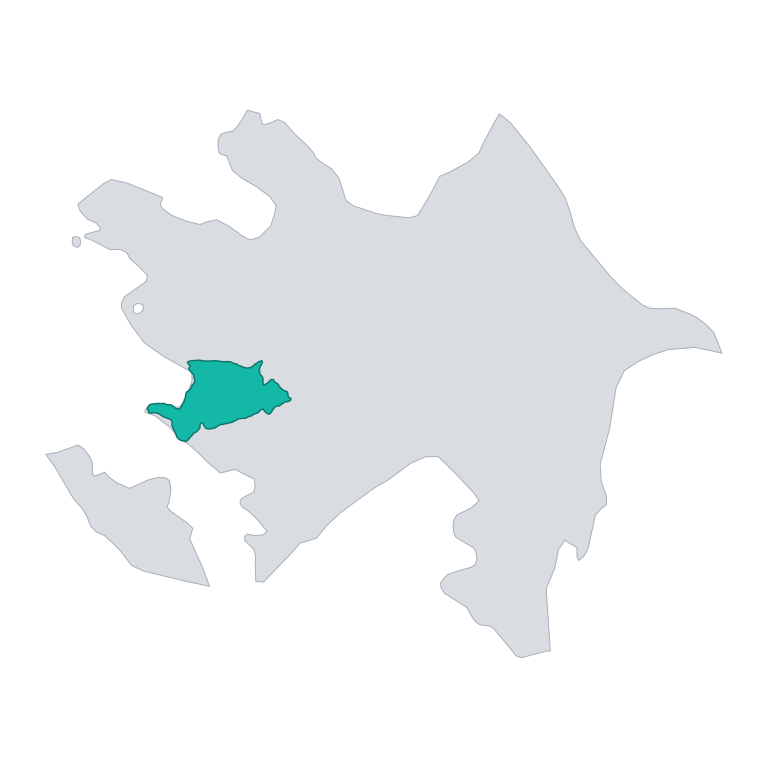 Kalbajar District, Kəlbəcər, Azerbaijan (highlighted)
{"feature_id": "54616110B37358032697149", "entity_name": "Kalbajar District", "entity_type": "district", "adm_level": 2, "iso_a3": "AZE", "parent_name": "Azerbaijan", "parent_adm1": "Kəlbəcər", "projection": "albers", "projection_center": [46.209, 40.052], "detail": "fine", "context": "in_parent", "style": "filled", "palette": "teal", "viewbox_px": 768, "rotation_deg": 0, "n_neighbors": 0, "source": "geoboundaries", "source_scale": "gbopen_adm2", "svg_char_len": 7001}
<svg xmlns="http://www.w3.org/2000/svg" viewBox="0 0 768 768"><path d="M550.3,651.1L546.8,650.9L521.6,657.7L516.3,655.9L493.9,628.8L489.4,625.9L480.0,624.9L474.4,620.5L469.8,613.2L467.1,607.7L444.5,593.2L441.1,587.8L440.5,583.0L443.7,578.6L447.4,574.8L458.2,570.8L470.8,567.4L474.8,565.0L476.8,560.9L476.5,554.5L474.3,548.3L455.9,537.3L453.8,532.4L453.0,526.3L454.0,520.0L456.7,515.0L471.3,507.9L479.1,500.8L474.0,493.1L457.7,475.8L438.4,456.7L425.8,456.7L411.4,462.8L388.4,479.8L375.6,487.1L359.0,499.1L340.8,512.4L325.9,526.4L316.7,538.0L300.0,543.2L291.6,552.9L263.7,581.9L255.8,581.6L255.3,567.2L255.6,555.9L253.8,549.3L244.7,540.4L244.6,536.5L247.0,534.1L254.0,535.5L262.9,535.0L267.2,531.5L257.5,519.7L249.1,511.8L241.8,506.5L240.2,503.3L240.2,501.0L241.7,498.3L254.0,491.8L255.2,485.8L254.3,479.1L234.9,469.4L220.3,473.0L207.3,461.9L198.9,453.4L188.5,444.2L179.2,439.1L170.3,427.6L154.9,415.7L145.0,412.2L145.2,410.4L147.0,408.2L151.1,406.5L178.7,407.1L182.1,404.9L183.8,399.9L187.6,392.3L192.0,381.3L191.7,372.0L164.2,356.8L144.3,342.8L130.6,324.5L121.3,307.7L121.7,302.1L124.5,296.8L145.9,281.6L147.3,277.6L146.9,274.9L139.4,267.0L129.9,258.8L127.0,252.8L121.0,249.7L109.6,249.4L89.8,239.2L85.6,238.2L84.7,236.2L85.7,234.2L99.9,230.3L99.8,227.0L95.5,222.6L87.5,219.3L80.3,211.2L77.8,204.1L103.7,183.5L111.3,179.4L128.0,183.4L162.6,197.5L160.2,205.2L163.7,209.5L171.7,215.4L187.0,221.4L200.0,224.5L206.6,221.9L216.6,219.7L229.6,226.6L241.6,235.3L247.6,238.8L250.8,239.9L259.9,236.9L270.8,225.7L275.0,212.1L276.2,205.5L269.8,196.6L256.7,186.9L242.0,178.3L232.6,170.8L226.6,155.9L220.5,154.2L219.0,152.3L218.0,147.2L218.2,140.1L220.3,134.6L226.2,132.3L232.2,131.4L237.6,126.2L244.3,115.9L247.1,110.3L259.8,113.5L261.6,122.6L263.8,124.6L269.1,123.4L277.8,119.6L284.8,122.5L293.9,133.3L306.4,144.8L313.2,152.5L315.8,157.8L322.3,162.9L331.6,168.9L339.1,178.4L346.0,200.5L352.8,205.6L377.0,213.7L385.5,215.3L409.2,217.8L417.5,215.6L429.3,196.2L439.9,176.3L450.0,171.9L468.2,162.0L479.0,152.8L483.4,143.0L493.3,124.4L499.4,113.9L510.5,122.8L530.0,147.0L558.1,186.5L565.0,197.7L569.8,210.8L574.1,226.8L580.7,240.7L609.5,275.5L621.8,288.3L641.9,304.6L649.0,308.1L658.1,308.8L674.7,308.2L690.4,314.2L698.3,318.6L706.4,325.0L713.8,332.5L721.9,353.1L694.8,347.4L667.9,349.6L652.8,354.8L638.2,361.5L624.3,370.7L616.0,387.9L609.9,427.2L600.2,464.2L601.2,481.1L606.6,497.1L606.3,504.9L601.4,508.3L595.3,515.4L587.9,549.3L583.9,556.1L578.6,560.4L577.0,556.5L577.0,547.7L564.8,540.3L558.7,549.2L554.9,567.8L546.7,587.5L546.3,591.2L550.3,651.1ZM142.4,311.3L143.7,306.1L140.3,303.7L136.7,303.6L133.6,306.2L133.6,312.7L137.8,313.9L142.4,311.3ZM51.9,462.8L47.9,457.4L46.1,454.4L58.1,452.1L78.2,445.1L83.6,448.7L89.4,456.1L92.2,462.4L92.6,474.1L95.0,476.0L104.7,472.2L109.0,477.0L116.5,482.7L129.5,488.4L148.3,479.8L157.6,477.6L165.3,477.8L169.5,480.6L170.9,489.7L169.3,500.9L167.1,507.0L171.0,511.5L186.4,522.3L192.8,528.3L189.7,538.7L201.1,564.1L205.0,574.0L209.5,586.2L185.9,581.4L143.3,570.9L131.6,565.5L120.7,551.3L114.1,544.4L104.5,535.5L96.5,532.1L90.5,525.9L87.2,516.9L82.3,508.7L73.7,499.0L54.4,466.2L51.9,462.8ZM79.9,245.7L77.3,247.5L73.4,245.7L72.2,241.6L72.6,237.4L76.5,236.5L79.7,237.7L80.6,241.5L79.9,245.7Z" fill="#d9dde1" stroke="#a8b0b8" stroke-width="1"/><path d="M237.2,364.2L236.7,363.9L234.6,363.7L233.8,363.4L233.4,363.2L231.8,362.5L231.1,362.1L230.2,361.7L228.0,361.7L227.6,361.7L225.3,361.7L222.8,361.7L221.1,361.7L218.7,361.0L217.3,360.9L217.1,360.9L215.8,360.8L213.4,360.8L210.8,360.9L208.3,361.1L206.5,361.1L204.5,361.0L201.9,360.5L200.0,360.4L198.7,360.2L196.5,360.3L194.3,360.6L192.3,360.6L190.7,360.9L189.1,361.3L187.5,362.2L187.6,362.5L188.0,363.4L188.8,364.5L189.6,365.2L190.2,366.2L189.3,367.4L188.8,368.3L189.1,369.7L189.8,370.5L191.1,372.1L192.6,373.7L193.6,375.0L193.8,376.3L194.0,377.7L194.3,378.9L194.8,379.6L194.7,380.9L194.5,382.3L194.0,383.5L193.1,384.2L192.2,385.0L191.5,386.5L191.3,387.7L190.9,389.0L189.5,389.6L188.2,391.4L187.0,391.6L186.0,393.5L185.8,394.5L185.5,397.1L185.2,398.6L184.7,399.5L184.3,401.3L184.0,402.2L183.3,402.6L182.7,403.6L182.0,404.6L181.6,405.9L181.1,407.0L180.3,408.0L179.7,408.7L178.2,409.0L176.3,408.6L175.0,408.2L174.6,407.2L173.3,406.4L173.1,406.2L172.2,405.7L170.8,404.8L168.8,404.7L167.1,404.7L165.5,404.1L164.4,403.6L163.6,403.5L160.7,403.7L160.3,403.5L158.3,403.5L156.7,403.5L153.9,403.8L151.9,404.1L150.3,404.5L149.4,404.9L148.7,406.1L147.7,407.1L147.2,408.1L147.2,408.7L148.3,410.5L148.7,412.3L149.8,413.2L151.6,413.1L153.5,412.7L155.1,412.7L157.2,413.4L159.1,413.7L161.2,415.4L162.8,416.4L164.2,417.2L165.7,417.5L168.2,418.6L170.0,419.2L171.6,420.6L172.2,421.9L172.0,423.2L172.0,425.0L172.4,426.7L173.4,428.9L173.8,429.8L174.5,431.1L175.6,433.1L176.2,434.8L176.6,436.6L177.4,437.6L178.4,438.8L179.8,439.7L181.0,440.4L182.9,440.7L184.6,441.1L185.8,441.3L186.9,441.0L187.1,440.9L188.0,439.9L189.0,438.9L189.9,437.5L191.2,436.2L192.3,435.1L193.6,433.3L194.6,432.7L195.8,432.2L196.8,431.6L198.0,430.0L199.2,429.1L199.8,428.2L199.9,426.6L200.1,425.2L200.2,424.2L200.6,423.2L201.2,422.8L202.3,423.0L203.1,424.0L203.5,424.9L204.1,425.8L204.7,426.7L205.3,427.7L206.0,428.3L207.3,428.8L208.9,429.0L210.0,428.8L211.1,428.6L212.4,428.5L213.5,428.3L214.4,428.0L215.6,427.6L216.6,426.7L217.4,426.2L218.3,425.8L219.2,425.4L219.7,424.9L220.8,424.5L222.0,424.4L223.0,424.4L223.9,424.0L224.8,423.8L226.3,423.7L227.4,423.4L228.1,423.3L229.1,423.0L230.1,422.6L230.9,422.6L231.9,422.3L232.9,422.0L233.5,421.5L234.7,420.9L235.6,420.4L236.7,420.1L237.3,419.4L238.3,418.9L239.9,418.6L241.6,418.4L243.7,418.3L245.6,418.2L246.7,417.7L248.1,417.0L248.7,416.4L250.4,416.3L251.3,415.9L252.0,415.7L252.3,415.2L252.6,414.9L253.4,414.4L254.8,413.8L256.1,413.4L257.4,413.1L258.1,412.6L258.9,411.8L259.7,411.1L260.7,409.9L262.0,409.1L263.1,409.1L263.7,409.9L264.5,411.1L265.1,411.7L266.1,412.5L266.8,413.3L268.0,413.9L269.1,414.1L269.9,413.6L270.8,412.9L271.6,411.7L272.6,410.4L273.2,408.8L274.4,408.0L275.2,406.7L276.6,406.0L278.3,406.1L279.2,405.9L280.5,405.0L281.7,404.0L282.3,403.7L282.8,403.4L285.2,401.8L286.9,401.7L288.1,401.5L289.4,401.1L290.5,400.2L290.9,399.1L290.9,398.4L290.4,398.5L289.8,398.0L288.4,396.9L288.0,395.5L287.9,394.2L287.5,392.6L287.2,391.7L285.2,391.0L284.4,390.7L282.9,390.0L281.7,388.9L280.5,387.8L279.7,386.9L278.6,385.4L278.4,384.5L276.7,383.3L275.9,382.6L274.7,382.2L274.3,381.8L273.6,379.9L272.1,379.4L271.0,379.7L269.8,380.8L269.0,381.7L267.7,382.8L266.5,383.6L265.4,384.2L264.2,385.0L263.5,385.1L263.1,384.4L263.0,382.1L263.0,380.7L263.0,378.9L262.7,377.8L262.1,376.6L261.3,375.5L260.3,374.6L259.8,373.2L259.5,371.3L259.3,370.1L259.7,368.1L260.1,366.9L260.7,365.9L261.6,364.1L262.1,362.9L262.3,361.5L261.6,360.5L261.4,360.6L260.5,361.4L258.6,361.8L257.3,362.8L256.0,363.7L254.7,364.3L253.6,365.3L252.8,366.5L251.7,366.9L250.4,367.6L248.8,367.9L247.1,368.1L245.5,367.7L244.4,367.5L242.9,367.2L241.8,366.6L240.7,366.0L240.2,366.0L239.0,365.5L238.9,365.4L237.8,365.0L237.2,364.2Z" fill="#14b8a6" stroke="#0f766e" stroke-width="1.5"/></svg>